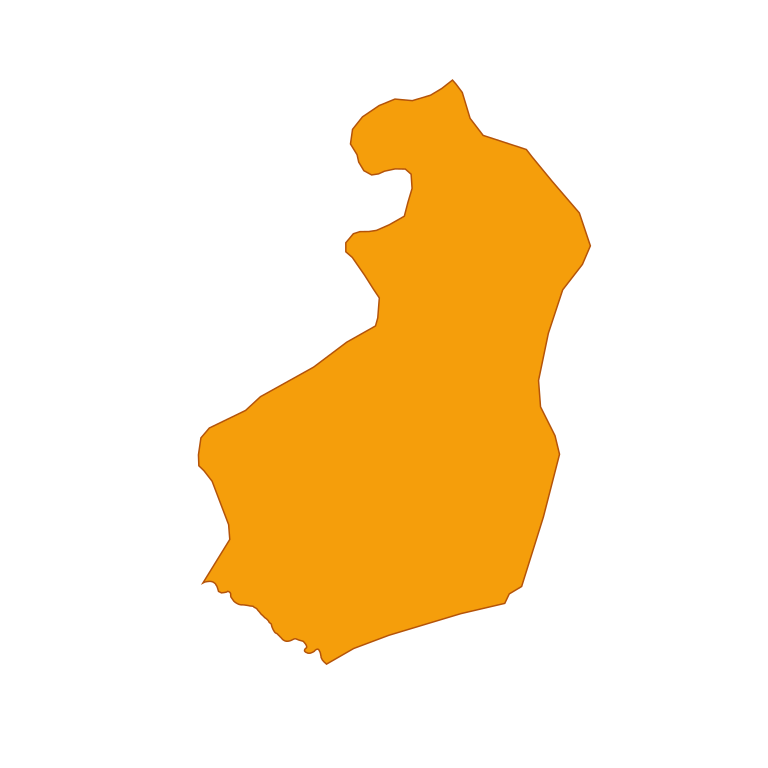 Barros Blancos, Canelones, Uruguay (orthographic projection), rotated 333°
{"feature_id": "84410073B87283476662632", "entity_name": "Barros Blancos", "entity_type": "district", "adm_level": 2, "iso_a3": "URY", "parent_name": "Uruguay", "parent_adm1": "Canelones", "projection": "orthographic", "projection_center": [-56.02, -34.752], "detail": "fine", "context": "isolated", "style": "filled", "palette": "amber", "viewbox_px": 768, "rotation_deg": 333, "n_neighbors": 0, "source": "geoboundaries", "source_scale": "gbopen_adm2", "svg_char_len": 2523}
<svg xmlns="http://www.w3.org/2000/svg" viewBox="0 0 768 768"><g transform="rotate(333 384 384)"><path d="M414.7,626.9L465.7,574.8L508.5,526.3L512.9,507.7L513.1,475.4L523.3,451.0L553.5,413.4L586.0,381.2L615.1,367.5L630.6,354.6L635.7,320.3L625.9,280.0L619.0,248.7L617.3,239.7L585.2,207.5L581.3,186.4L586.1,159.8L584.3,149.4L583.0,144.3L569.7,146.9L556.6,147.8L537.9,144.4L523.1,135.1L506.1,133.7L486.1,136.2L471.6,142.8L463.1,154.9L464.1,167.5L462.2,174.8L462.9,184.8L467.9,192.1L474.5,194.3L481.0,194.6L491.6,197.4L500.6,202.2L503.4,209.4L497.8,222.5L487.8,233.0L478.3,243.7L460.9,244.5L447.0,243.7L439.8,241.3L431.7,237.3L424.9,236.2L414.1,240.8L410.0,248.9L413.2,256.8L416.1,278.2L417.7,295.3L418.9,305.2L408.5,322.2L402.8,328.4L369.8,329.8L328.9,337.0L268.2,339.2L248.7,344.7L208.4,343.9L196.4,348.9L186.5,362.9L181.9,372.8L184.2,379.5L186.7,392.6L181.7,438.8L176.0,452.5L152.0,467.1L132.3,479.1L134.4,479.1L136.5,479.7L138.6,480.5L140.1,481.3L141.5,482.5L142.5,484.1L143.1,485.5L143.1,487.0L143.3,488.2L143.1,489.8L142.8,491.6L142.4,493.7L143.4,495.0L144.3,496.3L145.7,496.8L145.9,496.9L147.7,497.5L149.3,497.9L150.7,497.8L151.8,499.0L152.2,500.1L152.1,501.5L151.3,503.0L150.9,504.3L151.1,505.6L151.3,507.1L151.6,509.3L152.4,511.2L153.6,513.1L154.7,514.5L156.4,515.9L158.0,516.7L159.4,517.6L161.1,518.8L162.5,519.8L163.8,520.9L165.1,521.7L166.5,522.7L167.0,524.1L168.0,525.3L168.7,526.8L168.9,528.3L169.5,530.5L169.8,532.1L170.1,533.6L170.7,534.9L171.3,536.8L171.7,538.1L172.5,539.5L173.1,541.1L173.5,542.7L173.5,544.3L174.1,545.6L174.6,546.8L174.2,548.1L173.9,549.6L173.8,551.1L173.7,552.4L173.8,554.0L173.9,555.2L174.2,556.3L174.7,557.1L175.3,557.8L175.6,558.6L175.9,559.7L176.4,561.0L176.7,562.2L177.0,562.9L177.4,564.6L177.8,565.9L178.4,566.9L179.1,567.9L180.1,568.8L181.2,569.4L182.6,569.9L184.1,570.2L185.4,570.3L187.1,570.3L188.3,570.4L189.1,570.6L189.8,571.1L190.7,572.1L192.1,573.7L193.3,574.8L194.2,575.6L195.2,576.6L195.4,577.2L195.7,578.5L196.0,579.9L196.1,581.1L196.0,582.5L195.7,583.3L195.0,583.9L194.0,584.0L193.3,584.3L192.4,585.0L192.0,585.8L192.1,586.5L192.5,587.5L193.3,588.4L194.0,589.3L194.9,589.8L195.9,590.3L197.3,590.5L199.0,590.6L200.5,590.5L201.7,590.0L202.9,589.8L203.9,589.9L204.7,590.2L205.2,591.0L205.3,592.0L205.3,593.8L205.0,595.5L204.6,596.7L204.3,597.9L203.8,599.2L203.8,600.5L203.8,601.1L203.8,601.9L204.1,603.2L204.5,604.7L205.2,606.4L205.6,607.5L236.9,605.9L274.2,610.1L348.2,623.5L392.0,634.3L400.3,627.9L414.7,626.9Z" fill="#f59e0b" stroke="#b45309" stroke-width="1.5"/></g></svg>